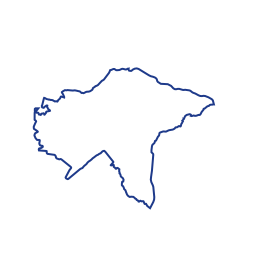 an SVG outline of Matabeleland North, rotated 141°
{"feature_id": "ZWE-526", "entity_name": "Matabeleland North", "entity_type": "Province", "adm_level": 1, "iso_a3": "ZWE", "parent_name": "Zimbabwe", "parent_adm1": "", "projection": "mercator", "projection_center": [27.816, -18.601], "detail": "fine", "context": "isolated", "style": "outline", "palette": "blue", "viewbox_px": 256, "rotation_deg": 141, "n_neighbors": 0, "source": "natural_earth", "source_scale": "10m", "svg_char_len": 5859}
<svg xmlns="http://www.w3.org/2000/svg" viewBox="0 0 256 256"><g transform="rotate(141 128 128)"><path d="M75.8,145.1L74.7,141.7L69.5,137.0L68.0,133.6L67.8,130.4L67.3,128.9L66.3,127.9L64.7,127.1L63.5,126.1L61.5,123.2L60.9,122.6L59.5,121.7L56.8,118.8L56.2,117.9L56.0,117.3L55.6,115.4L55.3,114.6L54.0,112.4L52.6,109.0L51.7,107.4L50.5,106.3L49.1,105.5L47.9,104.3L46.2,101.3L45.0,98.3L44.7,97.3L44.7,96.0L46.4,92.3L46.7,92.6L47.5,92.9L48.8,93.9L49.6,94.3L50.0,94.4L51.3,94.3L52.6,94.9L53.1,94.9L56.2,94.9L57.1,95.3L57.3,95.2L57.7,94.8L57.9,94.7L60.7,94.1L62.9,93.1L64.0,93.0L65.0,93.8L66.5,94.3L67.5,94.7L68.3,95.3L69.1,96.4L71.0,97.2L71.5,97.9L70.9,98.2L70.8,98.8L71.1,99.5L71.5,100.0L74.1,101.2L75.8,101.3L76.3,101.2L78.6,100.0L78.9,100.3L79.1,99.8L79.8,99.7L80.6,99.6L81.2,99.5L81.2,98.6L82.1,98.3L82.8,97.9L83.8,97.7L85.6,96.4L86.0,96.2L86.4,96.3L87.1,97.4L87.5,97.5L89.4,97.7L89.8,97.9L90.4,98.4L90.7,98.5L92.3,98.2L94.2,98.6L97.4,100.4L99.1,100.9L100.2,101.1L100.9,101.4L102.7,103.1L103.4,103.4L105.7,104.2L106.3,104.3L106.8,104.2L108.0,103.1L108.5,102.7L109.2,102.5L110.2,102.4L114.1,100.6L115.1,100.9L116.6,99.9L117.1,99.7L119.0,99.6L119.7,99.5L120.8,98.8L123.6,96.1L125.0,94.4L124.8,92.3L124.9,91.8L125.3,91.2L136.3,79.7L140.6,75.7L142.8,73.5L143.9,71.3L144.8,67.8L145.4,66.3L151.1,57.7L152.8,55.9L154.9,54.6L161.3,51.8L162.1,55.3L161.7,57.7L161.9,57.9L162.5,58.2L162.8,58.5L162.8,58.9L162.3,60.4L162.1,61.2L162.2,61.5L162.7,61.9L163.3,62.2L163.5,62.3L164.0,63.4L164.2,63.7L164.5,63.8L165.4,63.7L165.8,63.9L166.1,64.2L165.9,65.3L166.1,65.8L166.5,66.5L166.5,66.9L166.3,67.4L166.3,67.6L166.8,68.5L166.8,69.6L167.2,71.1L167.4,71.4L168.2,72.0L168.6,72.5L169.0,72.8L169.7,73.1L170.0,73.3L170.2,73.6L170.7,75.5L170.6,77.1L170.1,78.4L170.1,78.9L169.8,79.5L169.2,81.2L169.4,83.1L169.0,83.8L168.7,84.9L168.5,85.6L168.5,85.9L168.8,86.9L168.7,87.5L167.6,88.8L166.5,89.8L166.3,89.8L166.1,89.8L165.8,89.5L165.4,89.4L165.1,89.6L164.0,90.6L163.6,92.0L163.6,92.3L164.0,94.4L164.0,94.8L164.0,95.1L163.4,96.1L163.1,97.0L163.1,97.6L163.2,98.0L163.0,98.4L162.6,98.6L162.4,98.9L162.2,99.7L162.0,100.1L161.0,101.0L160.7,101.4L160.8,101.8L161.1,103.2L161.4,103.7L161.8,103.9L162.0,103.9L162.7,103.8L162.9,103.8L163.1,104.0L163.2,104.3L163.1,105.2L163.2,105.7L163.4,106.3L163.5,106.8L163.3,107.2L162.5,107.9L162.4,108.1L162.5,108.4L162.6,108.7L163.1,109.0L164.3,109.3L164.5,109.4L164.7,109.6L164.8,109.9L164.7,110.0L162.3,110.4L161.1,110.6L160.9,110.8L160.7,111.0L160.6,123.8L160.8,125.1L161.6,125.7L162.2,125.8L162.7,125.9L165.2,125.6L166.6,126.0L168.3,126.1L169.6,126.5L173.7,126.6L174.5,126.7L176.0,126.5L178.1,126.5L179.5,126.7L181.2,126.6L183.1,126.1L185.8,126.1L187.2,125.9L188.3,125.6L188.8,125.6L189.5,125.9L190.9,126.2L206.4,126.0L206.8,126.1L207.1,126.3L207.6,127.3L207.8,127.8L207.8,128.2L207.7,128.7L207.3,129.0L200.0,132.1L197.7,132.6L197.3,132.8L197.0,133.2L197.0,134.0L199.4,145.1L199.6,145.7L199.8,146.2L200.2,146.5L201.0,146.8L201.3,147.1L202.5,149.1L202.6,149.5L202.5,150.5L201.9,151.5L201.9,153.2L202.3,153.7L202.7,154.1L206.5,158.2L206.8,158.6L206.9,158.9L206.9,159.4L206.8,159.8L205.8,161.2L206.0,161.6L211.3,166.6L210.9,167.4L210.7,167.6L210.3,167.9L209.9,168.0L209.6,167.9L208.7,167.3L208.3,167.2L206.7,166.9L206.1,167.0L205.9,167.2L205.8,167.4L205.7,167.9L205.9,168.2L207.0,169.4L207.1,169.8L207.2,170.1L207.0,171.1L206.8,171.5L206.5,172.0L204.6,173.6L204.3,174.1L204.4,174.4L204.6,174.7L205.2,175.2L206.1,175.9L206.2,176.2L206.2,178.4L205.5,180.9L205.2,181.3L204.2,182.0L203.7,182.2L203.2,182.3L200.7,181.8L200.4,182.0L200.4,182.5L201.2,185.3L201.6,186.4L201.5,186.8L200.7,188.0L200.3,188.4L197.3,190.0L195.3,190.9L195.1,191.4L195.1,192.0L195.4,192.9L195.4,193.1L195.2,193.4L191.2,198.3L190.4,199.1L189.7,199.6L189.4,200.3L188.3,201.5L187.8,201.5L187.5,201.5L185.3,199.7L188.1,199.1L188.8,198.8L189.1,198.6L189.4,198.1L189.5,197.6L189.4,197.4L188.5,196.7L188.2,196.3L188.2,196.0L188.6,195.0L188.7,194.5L188.6,194.3L188.0,194.1L187.8,194.0L187.7,193.3L187.6,193.1L187.3,193.1L186.7,193.4L186.1,193.5L185.2,192.9L184.5,192.7L184.4,192.6L184.3,192.3L184.4,191.6L184.6,191.0L184.5,190.9L184.4,190.9L184.2,190.9L183.3,191.2L182.4,191.3L181.4,192.0L181.1,192.0L180.7,191.9L178.3,190.6L177.8,190.5L177.7,190.7L177.6,190.9L177.7,191.4L178.1,193.0L178.0,193.4L177.7,194.4L177.7,195.2L177.6,195.5L176.8,196.0L176.6,196.2L176.7,196.4L176.9,196.6L177.4,196.8L178.5,196.8L179.3,197.0L179.7,197.0L180.2,196.8L180.6,196.7L180.9,196.8L181.2,197.3L181.6,197.8L181.7,198.2L181.1,199.4L180.1,199.9L174.5,204.1L174.2,204.2L173.5,203.1L173.2,202.0L172.6,201.1L172.1,200.6L171.8,200.0L171.1,199.5L170.9,199.1L170.7,198.7L169.9,198.0L169.0,197.0L168.9,196.8L168.8,196.1L168.4,195.5L168.1,194.6L167.7,194.4L166.9,194.0L166.8,193.8L166.5,193.2L166.3,193.0L166.0,193.0L164.6,193.6L162.4,193.7L160.5,194.6L160.3,194.6L160.1,194.5L158.6,192.2L158.4,191.9L158.2,192.1L158.0,192.4L157.5,194.2L157.2,195.6L157.1,196.9L157.0,197.3L156.8,197.5L155.5,197.5L153.8,197.2L153.2,197.1L152.8,196.7L152.1,196.0L151.1,195.5L150.5,194.9L147.4,191.9L145.6,190.7L144.2,189.0L143.3,187.8L142.6,187.0L142.4,186.6L142.1,184.7L141.9,184.3L141.3,184.0L140.7,183.1L139.8,182.8L138.7,182.6L137.8,182.4L137.2,182.1L135.8,181.1L135.0,180.7L134.1,180.4L131.9,180.2L131.3,180.3L130.3,181.0L129.7,181.1L128.3,180.9L127.6,180.9L127.2,181.0L126.7,180.9L126.0,180.6L124.4,180.3L118.6,181.1L117.7,180.9L116.2,180.8L108.1,182.8L107.4,183.1L105.4,184.2L104.6,183.7L102.7,183.2L102.0,182.9L101.4,182.3L101.1,181.3L100.8,180.4L100.0,179.7L98.4,178.6L97.6,178.3L95.9,177.9L95.2,177.6L94.4,176.8L93.2,175.1L92.3,174.5L91.0,174.3L90.2,173.8L90.5,173.6L90.8,173.1L91.1,172.1L91.0,171.8L90.2,170.9L89.8,170.6L89.4,170.3L87.1,170.3L85.3,169.8L83.7,168.8L82.6,167.2L78.6,155.9L77.7,153.9L76.4,152.2L75.4,150.5L75.1,149.7L74.9,148.6L75.0,147.7L75.7,146.1L75.8,145.1Z" fill="none" stroke="#1e3a8a" stroke-width="2"/></g></svg>